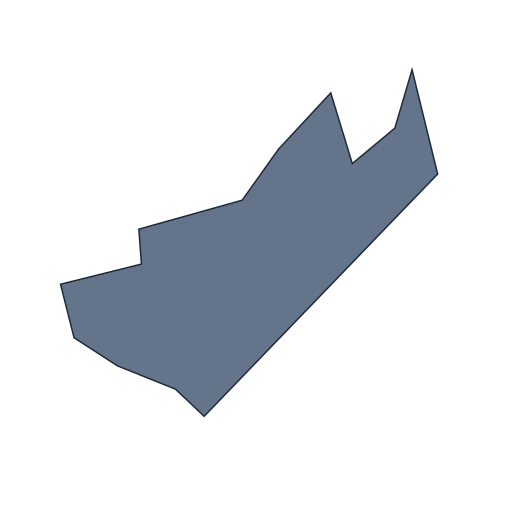 outline of Blowing Point, rotated 346°
{"feature_id": "AIA-5114", "entity_name": "Blowing Point", "entity_type": "District", "adm_level": 1, "iso_a3": "AIA", "parent_name": "Anguilla", "parent_adm1": "", "projection": "mercator", "projection_center": [-63.087, 18.194], "detail": "fine", "context": "isolated", "style": "filled", "palette": "slate", "viewbox_px": 512, "rotation_deg": 346, "n_neighbors": 0, "source": "natural_earth", "source_scale": "10m", "svg_char_len": 348}
<svg xmlns="http://www.w3.org/2000/svg" viewBox="0 0 512 512"><g transform="rotate(346 256 256)"><path d="M452.1,220.4L166.9,399.0L145.6,365.7L95.0,329.1L59.7,291.3L59.5,236.1L142.9,236.1L148.8,201.6L256.1,198.5L303.8,157.7L368.0,115.8L371.8,189.6L421.7,165.5L452.5,113.0L452.1,220.4Z" fill="#64748b" stroke="#1e293b" stroke-width="1.5"/></g></svg>